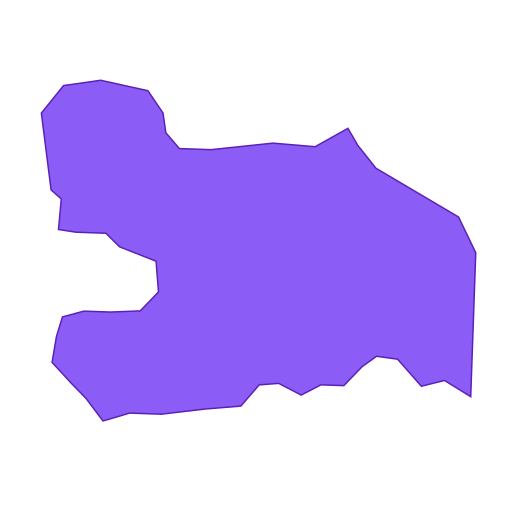 the border of Rabat, rotated 182°
{"feature_id": "MLT-5923", "entity_name": "Rabat", "entity_type": "state/province", "adm_level": 1, "iso_a3": "MLT", "parent_name": "Malta", "parent_adm1": "", "projection": "natural_earth1", "projection_center": [14.386, 35.882], "detail": "fine", "context": "isolated", "style": "filled", "palette": "violet", "viewbox_px": 512, "rotation_deg": 182, "n_neighbors": 0, "source": "natural_earth", "source_scale": "10m", "svg_char_len": 739}
<svg xmlns="http://www.w3.org/2000/svg" viewBox="0 0 512 512"><g transform="rotate(182 256 256)"><path d="M168.6,386.8L158.1,370.1L139.2,347.9L54.9,302.0L36.5,266.9L36.5,122.9L63.3,138.2L86.2,131.6L110.9,157.8L132.0,160.0L146.1,149.1L163.7,129.5L186.6,129.5L206.0,118.6L228.9,129.5L248.3,127.3L265.9,105.5L302.9,101.1L345.1,94.6L376.8,94.6L403.2,85.8L420.9,107.7L436.7,122.9L456.1,142.6L452.6,168.7L447.3,188.4L426.1,194.9L399.7,194.9L369.8,197.1L352.2,216.7L355.7,247.3L392.7,260.4L406.8,273.5L436.7,273.5L454.3,275.6L452.6,306.2L463.1,314.9L475.5,391.3L454.3,419.6L417.4,426.2L369.8,417.4L353.9,395.6L350.4,376.0L336.3,360.7L304.6,360.7L243.0,369.4L200.7,367.3L168.6,386.8Z" fill="#8b5cf6" stroke="#5b21b6" stroke-width="1.5"/></g></svg>